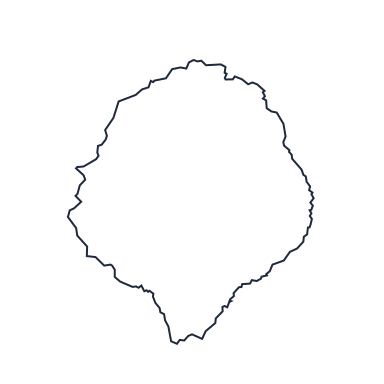 outline of Gaua, Torba, Vanuatu, rotated 313°
{"feature_id": "77236927B45015777626882", "entity_name": "Gaua", "entity_type": "district", "adm_level": 2, "iso_a3": "VUT", "parent_name": "Vanuatu", "parent_adm1": "Torba", "projection": "orthographic", "projection_center": [167.515, -14.284], "detail": "medium", "context": "isolated", "style": "outline", "palette": "slate", "viewbox_px": 384, "rotation_deg": 313, "n_neighbors": 0, "source": "geoboundaries", "source_scale": "gbopen_adm2", "svg_char_len": 1905}
<svg xmlns="http://www.w3.org/2000/svg" viewBox="0 0 384 384"><g transform="rotate(313 192 192)"><path d="M224.5,84.6L208.2,76.6L192.6,84.0L178.1,86.2L175.0,91.5L171.5,93.1L165.0,93.7L161.6,91.8L156.3,95.8L154.7,99.0L150.6,99.5L136.7,95.3L131.9,91.0L130.2,91.1L130.3,101.3L128.2,105.5L120.3,105.4L112.6,109.5L109.7,109.5L109.3,117.6L99.7,116.9L95.2,115.1L89.1,118.3L86.6,131.9L81.9,137.7L80.6,152.5L73.4,158.8L78.6,165.8L78.3,178.0L83.3,181.9L83.7,183.8L82.4,188.6L77.2,193.4L77.5,200.6L82.1,213.3L84.8,215.5L85.5,218.2L89.0,218.8L86.9,224.8L89.2,225.9L89.1,228.0L90.8,228.3L91.3,233.1L88.9,234.7L85.9,240.9L85.1,247.3L82.5,250.9L83.6,254.9L79.8,259.8L77.5,266.5L68.6,278.5L70.7,284.5L75.5,283.9L78.1,287.6L84.1,287.4L87.9,289.1L91.5,299.6L99.5,296.9L112.1,298.4L115.8,295.6L125.6,295.8L128.6,292.7L130.8,293.5L131.7,296.4L136.8,294.3L138.8,295.0L138.1,293.7L139.8,293.1L144.5,293.6L146.4,291.4L154.5,291.3L156.2,293.0L158.8,291.5L164.6,296.9L168.4,295.9L171.1,300.1L175.7,301.5L177.5,300.6L182.1,303.7L182.6,302.3L187.1,302.9L193.8,300.4L204.5,305.9L215.0,304.4L222.3,307.4L231.6,307.3L235.6,304.3L239.5,305.1L245.1,301.0L246.3,302.1L249.1,300.9L254.1,298.0L254.8,294.5L257.8,293.9L258.9,290.5L260.4,291.4L264.4,289.7L265.0,285.8L270.4,285.2L271.8,280.9L273.7,280.6L273.2,276.4L276.6,274.6L277.7,268.8L281.0,264.6L280.5,261.8L283.1,256.9L284.6,242.6L287.2,239.5L287.5,235.6L289.0,234.8L288.7,227.7L290.7,224.8L296.4,222.6L304.2,212.4L307.9,199.8L305.1,195.2L304.2,189.5L309.6,183.7L308.7,180.2L311.8,180.0L313.3,175.7L315.4,176.1L315.2,166.3L313.3,161.5L309.1,159.6L308.5,151.6L305.7,144.5L302.2,145.0L297.2,139.8L297.8,138.2L302.1,136.7L301.4,134.6L306.3,131.2L305.0,126.1L294.3,115.8L294.4,109.3L291.3,107.0L289.6,103.1L284.7,101.4L278.4,103.6L275.2,98.6L268.3,93.7L257.4,95.4L247.9,88.6L245.8,88.6L245.2,86.1L238.9,88.8L233.0,85.5L224.5,84.6Z" fill="none" stroke="#1e293b" stroke-width="2"/></g></svg>